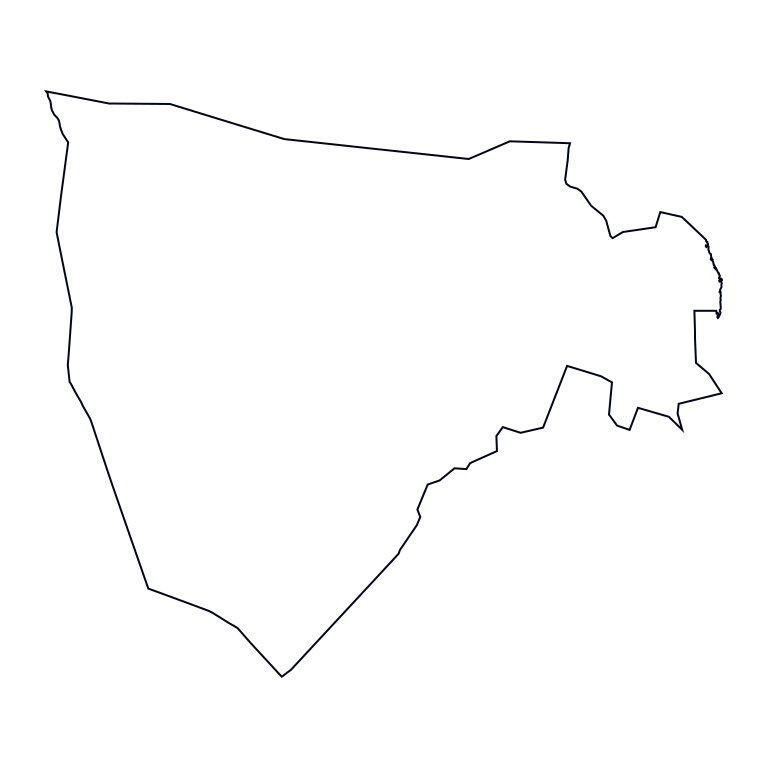 Al Ganab, Red Sea, Sudan
{"feature_id": "16777658B97228063474151", "entity_name": "Al Ganab", "entity_type": "district", "adm_level": 2, "iso_a3": "SDN", "parent_name": "Sudan", "parent_adm1": "Red Sea", "projection": "robinson", "projection_center": [36.252, 19.345], "detail": "fine", "context": "isolated", "style": "outline", "palette": "ink", "viewbox_px": 768, "rotation_deg": 0, "n_neighbors": 0, "source": "geoboundaries", "source_scale": "gbopen_adm2", "svg_char_len": 3412}
<svg xmlns="http://www.w3.org/2000/svg" viewBox="0 0 768 768"><path d="M132.3,542.6L148.3,588.6L177.8,599.4L208.5,610.8L212.5,612.8L228.7,622.9L235.3,626.7L237.5,628.0L251.0,643.4L278.2,672.9L281.8,676.7L291.2,669.6L291.7,669.0L379.6,574.3L394.0,558.7L398.6,553.7L400.0,549.9L416.8,525.2L420.3,516.9L417.4,509.6L427.7,484.5L439.5,480.5L454.5,468.3L466.4,469.1L470.0,463.3L472.7,461.9L496.9,451.1L496.9,450.0L496.4,436.0L502.8,427.1L520.6,432.8L543.1,427.6L567.1,365.9L601.1,376.3L612.0,382.4L610.4,399.4L609.0,414.6L617.1,425.6L629.6,429.9L638.0,407.8L648.9,411.0L668.9,416.8L682.2,429.8L677.6,413.5L678.7,403.8L720.3,393.6L721.7,393.2L721.2,392.5L720.5,391.5L709.1,374.0L696.0,362.9L695.0,337.9L695.0,332.8L695.0,331.1L694.5,314.5L694.4,310.8L716.2,310.8L716.6,313.2L716.8,313.0L716.9,312.9L717.5,312.8L718.0,313.3L718.3,314.7L717.8,315.2L717.4,317.4L717.9,318.0L718.5,317.4L718.9,316.3L719.7,315.0L720.2,314.0L720.5,312.8L720.3,312.3L720.1,311.5L720.3,311.0L719.9,312.2L719.8,309.8L720.6,309.1L720.8,307.8L720.3,301.6L720.7,300.0L720.4,298.4L720.6,297.3L721.0,295.6L720.6,294.7L720.6,293.6L720.6,292.7L720.5,291.9L719.9,291.9L719.0,292.7L719.4,292.2L719.8,291.5L720.3,289.3L721.3,287.6L721.5,286.4L721.4,285.7L721.4,284.9L721.7,283.5L721.6,282.5L720.9,281.5L721.3,280.9L721.9,280.3L721.9,279.4L721.4,279.0L721.3,279.4L721.0,280.6L720.6,280.0L720.2,280.7L720.1,281.6L719.5,281.6L719.2,280.7L719.7,280.0L720.0,280.1L720.2,278.8L719.7,278.7L719.6,278.4L719.1,278.3L719.1,277.5L719.5,276.9L719.9,275.9L719.7,275.4L719.2,274.9L718.8,274.1L719.1,273.9L719.0,273.4L718.5,273.3L717.5,271.4L716.4,269.0L716.1,269.3L715.7,269.3L715.6,268.4L714.7,268.1L714.4,267.6L715.0,267.5L715.3,267.2L714.7,266.2L714.5,265.8L714.3,265.2L713.8,265.1L713.6,264.5L713.5,263.6L713.4,263.3L713.5,263.0L713.3,262.5L713.0,261.6L712.7,261.0L712.6,260.4L712.7,259.5L712.1,259.1L711.8,258.7L711.5,258.6L711.6,259.3L711.6,259.8L711.4,260.0L711.0,259.7L710.9,259.5L710.8,259.3L710.5,258.7L710.2,258.7L710.6,258.5L710.9,258.2L711.1,258.1L711.6,257.9L711.2,256.9L711.2,256.4L711.0,255.6L711.0,255.0L710.8,254.8L710.9,254.1L710.6,253.8L710.0,253.5L709.7,253.3L709.4,252.7L709.3,252.4L709.0,251.6L709.0,250.8L708.6,250.2L708.4,249.1L708.6,247.0L708.4,246.2L708.1,245.7L707.9,246.2L707.5,246.2L707.0,246.1L706.3,247.0L705.9,246.6L706.0,246.2L705.8,245.8L705.9,245.3L706.3,245.3L706.6,245.6L707.3,245.7L707.9,245.3L707.9,244.9L708.0,244.1L707.5,243.2L707.4,242.4L707.2,242.5L706.9,242.4L706.5,241.3L706.2,241.2L706.1,240.6L706.1,240.1L705.9,239.7L681.8,216.9L660.3,212.1L655.6,227.2L622.9,232.0L612.6,238.2L611.9,237.6L610.4,236.0L606.2,220.7L603.4,215.8L591.1,205.7L581.3,191.5L577.4,188.7L570.4,186.7L566.5,183.9L565.1,179.8L567.7,160.3L568.6,148.3L570.0,143.2L569.1,143.2L509.9,141.3L468.7,159.0L371.1,148.5L345.5,145.7L284.3,139.1L169.9,104.0L109.0,103.5L65.1,95.0L46.5,91.5L46.3,91.3L46.1,91.3L47.6,93.2L48.0,96.4L48.9,98.4L49.8,100.0L50.4,101.3L50.9,104.2L51.2,107.5L52.0,110.5L53.2,112.7L54.2,114.7L56.5,117.0L57.8,118.6L58.9,120.5L59.5,123.0L60.0,126.2L60.9,129.3L62.7,134.0L66.4,139.7L67.2,140.9L68.2,142.3L60.9,197.0L56.6,232.2L61.1,254.9L71.8,307.7L71.7,312.3L68.8,352.6L67.8,365.1L68.2,369.0L69.5,380.9L69.6,381.9L70.2,382.7L70.9,383.8L75.9,393.2L81.1,402.1L82.1,404.3L83.0,406.2L89.9,418.3L91.0,420.8L92.7,426.0L92.9,426.6L106.9,469.0L111.9,483.8L132.0,541.8L132.3,542.5L132.3,542.6Z" fill="none" stroke="#020617" stroke-width="2"/></svg>